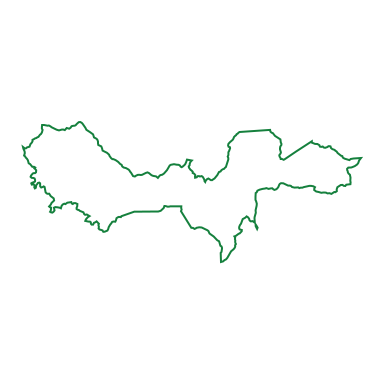 Mara Rosa, Goiás, Brazil
{"feature_id": "56859067B85632953243460", "entity_name": "Mara Rosa", "entity_type": "district", "adm_level": 2, "iso_a3": "BRA", "parent_name": "Brazil", "parent_adm1": "Goiás", "projection": "orthographic", "projection_center": [-49.395, -14.029], "detail": "fine", "context": "isolated", "style": "outline", "palette": "green", "viewbox_px": 384, "rotation_deg": 0, "n_neighbors": 0, "source": "geoboundaries", "source_scale": "gbopen_adm2", "svg_char_len": 5965}
<svg xmlns="http://www.w3.org/2000/svg" viewBox="0 0 384 384"><path d="M221.0,262.0L223.1,261.4L224.5,260.1L226.0,259.4L227.3,257.9L231.1,251.3L233.6,249.2L234.5,248.1L235.2,246.7L235.1,245.2L235.9,244.0L235.3,242.8L235.2,241.6L235.3,240.4L234.9,239.0L235.2,237.7L234.4,236.4L235.8,235.9L238.6,233.8L239.7,233.4L241.7,231.3L241.8,230.0L239.6,229.4L239.1,228.0L239.3,226.6L240.0,225.0L241.0,223.7L242.7,219.1L245.4,217.6L246.6,216.4L247.9,217.2L249.1,218.7L249.4,220.0L250.0,220.8L250.9,221.4L252.6,221.1L254.8,222.7L254.5,218.3L254.6,217.1L255.8,212.8L255.6,210.2L256.6,205.9L256.8,203.7L256.1,201.2L255.5,199.9L255.5,196.8L255.7,193.0L256.7,192.3L257.4,190.7L259.5,189.7L262.5,188.9L265.2,188.5L266.3,188.1L268.6,188.9L270.8,188.4L272.3,188.3L273.3,189.3L274.4,189.9L276.0,189.4L277.2,188.5L278.4,186.9L279.2,184.8L279.8,183.9L281.0,183.2L283.3,183.3L288.1,185.6L289.8,185.6L290.9,185.9L292.0,187.0L294.5,187.6L298.2,187.4L299.3,188.1L300.6,187.7L302.3,187.7L303.8,187.1L309.2,185.9L311.3,185.9L313.4,186.3L315.0,187.2L314.3,188.5L314.2,190.0L316.2,191.5L318.7,192.0L321.3,192.8L323.4,192.5L325.9,192.6L327.5,193.4L329.5,193.2L331.4,193.9L334.3,192.0L335.3,192.2L336.8,191.2L336.7,189.3L337.4,187.2L340.8,185.0L342.5,184.9L343.7,185.8L345.3,186.0L346.3,184.7L350.4,184.2L350.6,182.4L350.3,180.7L350.5,177.6L349.9,174.7L348.6,173.6L347.9,172.5L347.7,171.1L347.2,170.2L347.1,168.8L348.3,167.6L351.2,167.5L352.4,167.1L354.8,166.1L357.1,164.5L358.2,163.1L359.1,160.5L361.0,158.0L353.6,158.5L350.7,159.0L349.4,160.1L344.7,158.7L343.2,157.9L342.6,157.1L342.3,156.1L341.0,155.7L337.6,153.0L336.6,151.5L335.3,150.7L334.6,149.9L332.3,149.1L331.0,148.0L330.5,146.4L329.5,146.2L328.4,146.2L327.5,147.0L325.2,147.8L323.7,147.5L322.7,146.5L321.3,146.9L319.9,146.6L319.4,145.2L317.4,144.0L315.0,143.9L311.8,142.6L311.8,141.3L296.1,151.5L284.9,159.1L283.7,159.8L282.0,159.0L280.7,159.0L280.5,158.0L279.6,156.6L279.3,155.2L280.6,153.4L280.9,152.3L280.0,149.4L280.0,148.2L280.3,146.5L281.4,144.9L281.4,143.7L280.8,142.5L280.4,139.4L275.0,135.9L272.8,133.1L271.6,132.7L270.4,131.6L270.1,129.9L239.6,132.0L238.5,132.7L237.6,133.7L236.6,134.2L236.1,135.2L235.0,136.0L233.9,137.2L233.5,138.5L232.7,139.8L229.8,142.3L228.4,143.9L228.1,145.5L228.6,146.8L229.9,147.2L230.1,148.2L229.1,151.0L228.4,152.2L228.4,155.0L227.7,156.6L228.3,157.9L228.3,159.5L225.9,167.0L224.9,167.8L224.0,168.9L222.9,169.2L221.5,170.1L220.5,171.5L219.0,172.0L217.3,175.1L214.5,178.5L213.2,179.3L212.2,180.1L210.8,180.1L208.4,178.5L207.1,179.1L205.6,180.9L205.2,182.0L204.5,181.1L204.4,179.8L203.0,177.2L201.7,176.1L199.9,176.5L199.0,176.1L197.6,176.2L196.7,177.3L195.1,177.7L195.0,176.5L195.3,175.1L194.2,173.7L192.7,173.0L192.7,171.7L191.4,170.4L190.5,169.8L189.0,167.7L188.7,166.4L189.6,165.3L189.7,163.8L190.4,162.0L191.8,160.5L187.0,159.6L186.2,162.0L185.3,164.0L184.6,164.9L182.9,166.4L181.7,167.2L180.7,166.7L179.8,165.4L178.6,164.8L176.7,164.7L174.0,164.2L170.8,164.8L169.7,165.5L167.0,170.1L164.0,173.5L162.3,174.7L160.5,175.1L159.6,175.7L157.9,177.9L156.1,176.4L153.2,175.9L151.5,175.2L149.0,173.1L147.5,172.4L145.9,172.9L142.1,174.8L140.9,175.0L139.1,174.8L137.7,174.9L135.8,175.8L134.9,176.5L133.1,176.1L130.9,172.5L130.2,171.8L129.4,170.4L128.5,169.5L126.0,168.1L123.6,167.5L122.2,166.4L121.6,164.8L120.2,164.0L118.2,161.9L115.6,160.1L113.3,159.1L112.3,159.1L111.1,158.1L109.5,155.9L109.1,154.7L107.0,152.8L102.6,150.6L102.1,148.5L101.3,146.4L98.3,145.0L98.0,143.4L98.0,141.6L97.5,140.0L96.6,138.8L94.0,137.4L93.1,134.4L90.1,132.2L86.4,129.8L85.4,127.8L82.7,123.9L81.7,122.8L80.2,122.0L78.7,122.2L76.6,124.1L75.7,125.2L74.7,125.7L73.2,125.8L71.6,126.2L70.5,127.8L69.2,128.7L66.7,128.0L64.8,130.1L63.1,129.5L61.7,129.6L59.0,130.4L56.6,129.7L51.5,127.2L50.7,126.5L48.9,125.5L47.6,125.7L44.1,125.0L42.1,125.0L41.9,127.0L41.9,128.7L42.6,129.9L41.9,132.5L40.9,134.1L40.0,134.7L38.4,136.9L37.3,137.3L36.4,138.0L35.0,138.4L34.0,139.1L32.5,139.8L32.5,141.3L31.9,142.5L30.4,144.2L29.5,146.7L27.0,147.4L26.0,148.3L24.9,148.5L23.0,147.0L23.4,148.7L24.6,151.4L24.8,153.1L24.1,155.6L25.2,156.4L25.6,157.4L26.9,158.7L27.9,160.3L28.7,163.3L30.1,164.1L32.3,166.8L34.0,166.8L35.2,167.5L34.4,168.4L35.5,169.3L36.2,170.3L36.0,172.3L35.1,173.1L33.9,173.1L32.8,173.5L31.1,175.5L30.6,176.8L31.6,177.8L33.6,178.0L34.6,178.5L35.1,180.0L35.0,181.5L33.7,182.2L32.2,182.7L31.3,183.3L31.8,184.6L33.7,184.3L34.6,185.7L34.3,187.3L34.9,188.4L35.8,187.8L36.3,185.0L37.1,184.2L37.9,183.0L39.2,182.6L40.1,183.3L40.2,186.4L41.2,187.5L42.7,187.0L43.7,186.4L44.6,187.0L45.6,192.3L46.6,193.4L47.7,193.8L49.2,193.7L50.7,196.1L53.7,198.4L54.1,200.5L51.5,203.0L50.8,204.6L49.1,206.5L49.9,207.2L51.1,207.6L51.0,209.1L50.7,210.8L50.1,211.8L51.1,212.4L52.4,212.6L53.5,211.8L54.5,210.5L54.0,207.7L55.3,207.1L57.4,207.3L59.6,207.7L60.9,208.3L61.6,205.9L62.7,204.5L64.3,203.7L65.4,204.1L67.3,202.7L71.3,202.1L71.8,203.5L72.8,204.0L73.8,203.1L75.4,203.1L77.4,204.0L77.2,206.4L76.6,207.7L76.6,209.0L77.5,209.7L78.8,210.0L79.9,210.9L83.4,212.3L84.2,214.1L85.1,214.8L86.8,214.5L89.5,216.1L87.9,217.1L86.9,218.2L85.9,219.4L85.3,220.9L88.4,221.6L89.9,221.6L90.8,222.3L90.9,223.7L91.6,224.6L93.1,224.6L94.0,222.8L95.3,222.3L96.6,221.4L98.9,223.8L98.4,225.0L98.9,226.8L98.6,228.5L99.5,229.5L100.7,229.8L102.5,230.4L103.3,231.8L104.7,231.7L107.4,230.6L108.2,229.1L108.7,227.2L110.2,224.6L111.1,223.6L112.2,221.9L113.6,221.5L115.3,221.7L116.0,220.2L116.5,218.2L117.8,217.3L118.9,216.9L120.9,217.1L121.4,216.2L134.2,211.7L158.3,211.5L160.7,210.8L163.7,208.0L164.4,206.0L165.7,206.1L167.7,206.7L169.2,206.6L170.4,206.3L181.3,206.3L181.2,208.0L181.6,209.6L181.0,211.2L191.3,227.8L193.0,227.9L194.5,228.9L195.6,228.5L196.6,227.8L199.2,227.3L200.6,227.4L201.7,227.5L205.2,229.2L207.3,230.2L208.4,231.0L209.5,233.5L213.7,236.5L217.2,240.2L219.1,241.3L220.4,245.8L221.4,246.3L221.9,247.4L222.0,248.6L221.5,251.9L220.7,252.9L221.0,262.0ZM255.6,224.4L255.7,226.2L257.1,229.0L257.6,227.7L256.9,226.4L255.6,224.4Z" fill="none" stroke="#15803d" stroke-width="2"/></svg>